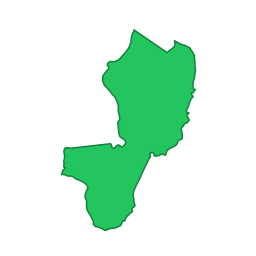 Magdalena, Intibucá, Honduras (Mercator projection), rotated 32°
{"feature_id": "27666195B97095820119427", "entity_name": "Magdalena", "entity_type": "district", "adm_level": 2, "iso_a3": "HND", "parent_name": "Honduras", "parent_adm1": "Intibucá", "projection": "mercator", "projection_center": [-88.37, 13.92], "detail": "fine", "context": "isolated", "style": "filled", "palette": "green", "viewbox_px": 256, "rotation_deg": 32, "n_neighbors": 0, "source": "geoboundaries", "source_scale": "gbopen_adm2", "svg_char_len": 5778}
<svg xmlns="http://www.w3.org/2000/svg" viewBox="0 0 256 256"><g transform="rotate(32 128 128)"><path d="M81.2,41.7L81.5,42.6L81.7,43.2L81.8,44.8L82.1,46.4L82.2,47.5L83.1,49.9L83.3,50.0L83.8,51.1L85.1,54.3L85.6,56.3L85.9,57.9L86.1,59.2L86.2,60.5L86.0,62.4L85.8,64.6L85.3,68.3L84.9,69.8L84.4,73.8L84.2,74.4L83.9,75.1L83.7,75.6L83.4,76.1L83.2,76.4L82.6,77.0L81.9,78.3L81.5,78.8L81.2,79.1L80.7,79.5L80.3,79.8L77.9,80.8L76.8,82.6L76.6,83.3L76.6,83.9L76.6,84.4L76.8,85.0L77.2,85.5L77.5,85.9L78.0,86.2L78.6,86.4L79.2,86.6L79.5,86.8L79.9,87.2L80.1,87.7L80.1,88.5L79.4,92.5L79.2,95.2L79.1,96.5L79.2,97.0L79.3,97.6L79.5,98.2L79.8,98.7L80.4,99.5L81.1,100.9L81.5,101.5L83.5,102.9L84.9,104.0L85.8,104.4L87.4,104.8L89.7,105.4L91.7,105.9L97.1,107.8L97.9,108.1L99.5,108.4L100.5,108.7L101.1,109.0L104.6,111.2L105.1,111.7L107.3,113.7L108.1,114.5L109.1,115.8L110.5,118.4L111.3,119.5L112.1,120.4L113.0,121.0L113.5,121.4L115.9,124.3L116.2,124.8L116.4,125.5L116.4,126.0L116.3,126.9L116.3,127.7L116.4,128.6L116.6,129.0L117.0,129.6L117.3,130.0L118.4,131.1L119.3,132.5L120.0,133.5L121.5,135.3L122.6,136.7L123.7,137.8L124.8,139.0L125.1,139.2L125.5,139.4L126.2,139.6L126.9,139.7L127.7,139.8L129.3,139.8L130.9,140.0L131.7,140.2L132.5,140.5L133.3,141.1L133.9,141.7L134.1,142.3L134.3,143.0L134.2,143.5L134.0,144.0L133.9,144.5L133.7,146.0L133.6,146.3L133.5,146.5L132.9,147.1L132.6,147.3L132.3,147.4L131.5,147.4L130.3,147.3L129.8,147.3L129.2,147.4L128.8,147.5L128.6,147.7L128.2,148.1L128.0,148.6L127.3,151.2L127.0,152.0L126.7,152.5L126.4,152.8L126.0,153.0L125.6,153.1L125.3,153.2L125.0,153.0L124.5,152.7L124.2,152.4L123.9,151.9L123.3,151.5L122.6,151.0L121.6,150.5L89.8,175.8L88.7,176.1L87.3,176.6L86.7,176.9L86.3,177.3L85.9,177.6L85.6,178.0L85.4,178.4L85.3,178.8L85.3,179.3L85.3,179.8L85.4,180.4L85.6,180.9L85.9,181.6L86.5,182.4L87.0,183.0L87.8,183.9L88.5,184.9L89.2,185.6L89.6,186.3L90.0,187.0L90.3,187.8L91.0,189.9L91.2,190.4L91.5,190.8L91.8,191.2L92.1,191.4L92.4,191.6L92.6,191.8L93.0,192.8L93.5,194.1L93.9,194.7L94.0,194.9L94.3,195.0L95.1,195.0L95.8,195.2L96.0,195.3L96.1,195.5L95.9,196.2L95.3,197.8L95.2,198.5L95.2,198.8L95.7,200.4L96.0,201.3L96.5,202.5L97.4,201.9L98.7,201.3L100.6,200.8L101.1,200.7L102.0,200.7L102.6,200.5L103.8,199.9L104.8,199.1L107.2,198.4L109.5,198.8L110.5,198.8L111.8,198.6L113.3,198.3L114.4,198.0L116.8,197.8L118.6,197.7L120.6,197.8L121.8,197.9L122.8,198.2L124.2,198.6L124.7,198.8L125.0,199.0L125.3,199.4L125.5,199.9L125.7,200.4L126.1,203.5L126.4,205.2L126.7,206.2L127.0,207.0L127.7,208.4L128.1,209.2L128.4,209.6L128.9,210.0L129.2,210.3L129.9,210.5L130.2,210.7L130.9,211.3L131.4,211.8L132.5,213.2L134.0,215.9L135.9,218.3L136.6,219.0L137.5,219.6L138.8,220.3L141.3,221.5L143.9,222.9L145.2,223.8L146.8,224.7L147.4,225.1L148.1,225.6L148.4,225.9L149.9,228.1L150.1,228.2L151.6,228.5L152.8,228.7L153.5,228.5L154.4,228.1L155.2,227.9L157.5,227.4L159.4,227.1L162.1,227.1L162.3,227.1L163.5,226.5L163.7,226.0L166.1,222.7L167.5,221.8L168.5,221.0L169.4,220.2L170.4,219.2L171.2,218.3L171.3,218.1L171.5,217.5L171.7,217.2L172.3,216.4L173.0,215.5L173.3,215.0L173.4,214.7L173.4,214.2L173.4,213.8L173.2,213.0L173.1,211.9L173.0,211.1L173.0,210.1L173.2,209.7L173.4,209.1L174.0,208.8L174.5,208.1L173.9,205.6L173.8,204.9L174.0,204.1L173.9,203.6L174.5,202.1L174.7,200.3L174.9,199.5L175.0,199.0L175.4,198.3L175.7,197.8L175.8,197.2L175.8,196.7L175.8,196.2L175.5,195.8L175.3,195.5L174.7,195.2L174.4,194.8L174.2,194.4L174.4,192.7L174.8,192.1L174.9,191.6L175.0,191.1L175.0,190.0L173.1,188.4L171.9,187.1L170.6,185.2L169.0,183.4L167.9,181.8L166.4,178.8L166.1,177.4L165.8,174.9L165.3,172.2L165.2,169.0L164.9,165.9L163.9,158.9L163.2,153.3L162.0,141.6L162.2,141.4L162.3,141.2L162.3,140.7L162.2,140.4L160.2,138.2L160.0,137.8L160.1,137.6L160.2,137.4L160.7,137.1L160.9,136.8L161.1,136.6L161.1,136.2L161.5,135.9L162.0,135.8L162.5,135.8L163.1,136.0L163.5,136.3L164.2,136.9L164.9,137.4L165.4,137.6L165.7,137.6L166.8,136.8L167.4,136.4L167.7,136.1L169.1,134.5L169.3,134.0L169.8,133.1L170.1,132.6L170.3,132.4L170.7,132.2L171.1,132.0L173.4,131.5L173.8,131.3L174.0,131.2L174.1,130.9L174.0,130.3L173.7,129.1L173.3,127.6L173.2,127.2L173.2,126.3L173.4,125.4L173.6,124.9L175.3,121.4L176.9,119.1L177.3,118.2L177.6,117.7L177.9,116.6L178.0,115.8L177.5,112.8L177.5,112.3L177.5,111.8L177.6,111.5L177.9,111.0L178.2,110.7L178.6,110.3L179.0,109.7L179.3,109.0L179.4,108.5L179.4,108.0L179.1,107.3L178.8,106.7L178.0,105.5L177.0,104.2L174.4,101.4L173.6,100.5L173.4,100.1L173.3,99.7L173.4,99.3L173.4,98.9L173.8,97.8L173.9,96.3L173.9,95.8L173.8,95.6L173.6,95.2L173.5,94.8L173.6,94.5L173.9,94.1L174.2,93.7L174.9,93.0L175.3,92.3L175.4,91.7L175.5,90.5L175.8,89.5L175.8,89.1L175.7,88.8L175.1,88.4L171.8,86.5L171.2,86.2L171.0,85.9L171.0,85.5L171.1,84.9L171.3,84.6L171.7,84.2L171.8,83.9L171.8,83.5L171.7,83.3L171.6,83.1L171.4,83.0L171.0,83.1L169.7,83.5L168.8,83.0L168.6,82.7L168.4,82.4L168.0,80.6L168.0,78.9L167.8,78.1L167.5,76.7L167.1,75.5L166.9,74.5L166.5,72.8L166.1,70.3L166.1,69.3L166.4,68.4L166.7,67.6L166.7,67.4L166.7,67.2L166.4,66.8L165.5,66.5L164.2,65.8L163.7,65.4L163.5,65.1L163.4,65.0L163.4,64.9L163.6,64.6L164.6,63.5L164.5,62.5L164.3,61.9L164.3,61.7L164.9,60.0L164.2,60.0L163.1,59.9L162.7,59.7L162.0,59.4L161.5,59.0L161.2,58.7L160.6,57.7L159.9,56.8L159.8,56.5L159.7,55.9L159.2,55.1L158.8,54.3L158.5,53.0L158.2,51.2L158.0,50.6L157.6,49.7L156.9,48.6L156.6,48.1L155.4,45.0L154.8,43.7L154.3,42.8L153.7,41.9L151.2,39.0L150.7,37.9L149.1,35.8L148.0,34.3L147.1,32.9L146.8,32.6L146.3,32.2L145.7,31.3L144.9,30.7L143.3,29.8L140.7,28.7L139.2,28.0L138.9,27.8L138.7,27.4L134.7,27.5L133.4,27.6L128.1,29.0L122.7,29.2L121.5,29.3L121.3,29.4L121.2,29.6L121.3,29.8L121.8,29.8L122.0,30.0L123.5,32.1L123.9,33.2L124.0,33.9L124.0,34.3L124.0,34.9L123.8,35.5L122.7,39.1L121.7,41.5L120.8,43.3L81.2,41.7Z" fill="#22c55e" stroke="#15803d" stroke-width="1.5"/></g></svg>